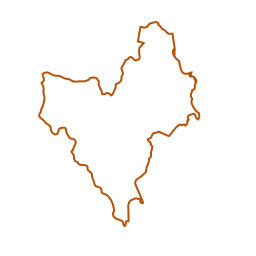 the border of Anzoátegui, rotated 71°
{"feature_id": "VEN-40", "entity_name": "Anzoátegui", "entity_type": "State", "adm_level": 1, "iso_a3": "VEN", "parent_name": "Venezuela", "parent_adm1": "", "projection": "orthographic", "projection_center": [-64.438, 8.961], "detail": "fine", "context": "isolated", "style": "outline", "palette": "amber", "viewbox_px": 256, "rotation_deg": 71, "n_neighbors": 0, "source": "natural_earth", "source_scale": "10m", "svg_char_len": 5751}
<svg xmlns="http://www.w3.org/2000/svg" viewBox="0 0 256 256"><g transform="rotate(71 128 128)"><path d="M53.3,55.2L68.8,58.1L71.3,59.4L73.5,60.0L74.2,60.3L74.2,60.7L69.6,59.2L68.4,58.9L68.9,59.8L70.0,60.5L71.3,60.9L74.0,61.2L74.6,61.1L75.2,60.9L76.2,60.4L78.0,60.0L80.2,58.6L81.3,58.1L82.5,58.0L85.8,58.6L90.3,58.9L92.6,58.6L94.3,57.6L95.0,56.7L95.5,55.8L96.2,53.5L96.2,52.6L95.9,51.0L96.2,50.1L96.7,50.7L97.3,51.0L97.9,51.1L98.7,51.0L98.2,51.6L98.0,51.8L97.4,51.9L98.1,52.7L99.2,52.6L99.8,52.0L99.1,51.4L99.8,50.9L101.4,48.9L102.3,48.7L104.0,48.1L104.9,48.0L104.8,48.5L104.5,48.9L105.4,48.7L105.7,48.5L106.2,49.2L106.5,49.1L106.9,48.7L107.1,48.6L107.9,49.6L108.4,50.4L109.5,50.9L112.0,51.9L112.6,52.3L113.0,52.9L113.0,53.3L113.0,54.5L113.2,55.1L113.5,55.4L113.9,55.6L114.5,55.7L115.0,56.0L115.2,56.3L115.4,56.6L116.2,57.3L118.0,58.1L118.6,58.3L119.4,58.2L120.6,57.9L121.1,57.9L121.6,58.1L123.4,59.1L123.8,59.5L124.6,59.8L126.6,59.7L130.3,59.3L133.8,58.2L136.0,57.0L136.8,56.2L137.3,56.2L138.0,56.3L140.8,57.0L141.5,57.5L142.7,59.0L142.2,59.4L140.6,60.2L140.3,60.3L138.8,60.1L137.3,60.3L136.7,60.5L136.2,60.8L136.0,61.0L135.9,61.3L135.8,66.0L136.0,66.5L136.3,67.1L137.0,67.8L137.5,68.1L137.9,68.1L139.2,67.9L139.7,67.9L140.3,68.1L140.4,68.3L140.1,69.0L140.2,69.3L140.6,69.6L142.1,70.0L142.7,70.3L142.9,70.5L144.1,71.8L144.3,72.1L144.4,72.5L144.3,73.0L144.0,73.3L143.1,73.6L142.9,73.9L142.8,74.3L142.9,75.6L142.8,76.1L142.7,76.4L141.8,77.7L141.7,78.4L141.7,78.7L142.5,80.1L142.5,80.8L142.5,81.2L143.1,82.4L148.9,91.7L148.6,92.3L148.3,92.8L141.6,100.0L141.5,100.3L141.6,102.6L141.3,105.7L141.5,106.3L142.1,107.0L144.5,109.3L144.8,110.1L145.2,112.7L145.3,112.9L145.6,113.1L146.0,113.1L146.6,112.9L148.6,111.9L149.4,111.4L149.7,111.4L150.9,111.8L151.4,111.8L151.7,111.8L152.0,111.6L152.8,111.2L153.5,111.0L154.2,111.3L159.0,114.4L160.0,114.8L161.2,115.0L161.9,115.2L162.6,115.9L163.2,116.7L163.8,118.0L164.1,118.3L165.5,118.8L166.6,119.3L169.4,121.3L169.7,121.7L170.2,122.4L170.7,122.9L171.6,123.5L173.2,124.2L174.0,124.7L175.0,125.0L175.8,126.1L177.8,130.5L179.9,137.5L180.2,137.8L181.3,138.4L181.7,138.6L182.1,139.1L182.8,139.3L184.0,139.3L201.9,138.0L203.5,138.1L203.8,138.8L203.5,139.4L203.1,139.8L202.6,140.2L202.0,140.4L201.7,140.4L200.1,139.8L199.8,139.8L199.2,140.0L198.9,140.2L198.4,141.4L197.1,143.3L197.0,143.6L197.2,148.0L197.5,149.1L198.0,150.3L199.2,151.6L200.3,152.4L201.2,152.9L216.1,157.7L216.2,158.0L216.2,158.3L215.8,159.1L215.7,159.5L215.7,159.9L215.9,160.3L216.2,160.6L218.5,161.7L219.1,162.2L219.6,163.1L218.9,163.5L218.3,163.7L217.5,163.8L216.0,163.5L215.2,163.5L214.4,163.8L213.6,164.4L212.2,165.7L211.7,166.3L211.0,167.6L210.5,168.3L209.9,168.8L207.9,170.0L206.2,170.5L204.4,170.3L202.9,169.4L201.9,167.9L195.9,167.2L192.9,167.3L189.9,167.7L186.8,168.7L185.3,169.4L184.0,170.3L181.7,173.1L180.4,173.8L177.3,173.2L176.2,173.3L175.3,173.9L174.5,174.8L173.3,176.4L172.6,177.2L171.7,177.8L170.6,178.0L167.2,177.7L163.2,177.9L162.0,177.7L160.9,177.4L159.9,177.2L159.0,177.3L157.9,177.8L156.2,178.9L155.3,179.3L154.3,179.6L153.2,179.5L152.1,179.1L151.2,179.0L150.1,179.4L149.5,180.2L147.7,183.9L147.2,185.3L146.7,185.9L146.0,186.3L144.5,186.6L143.8,187.0L143.3,187.4L142.6,188.3L142.1,188.7L141.5,188.9L140.9,189.0L139.6,189.0L137.0,188.4L135.7,188.2L134.3,188.6L133.2,189.1L132.1,189.2L131.3,188.6L131.0,187.3L130.3,186.9L129.6,186.4L125.6,182.7L124.5,182.0L123.5,181.9L122.5,182.1L121.5,182.5L120.7,183.0L120.2,183.7L119.6,185.3L119.1,186.0L118.3,186.5L113.3,187.6L112.3,187.6L108.9,187.1L107.9,187.3L107.0,188.0L106.7,188.8L106.1,191.7L106.5,193.4L107.7,194.5L109.2,195.4L110.4,196.7L110.6,198.5L109.6,199.9L107.9,201.0L106.2,201.5L105.1,201.5L102.0,200.9L100.9,201.1L100.0,201.5L96.9,203.9L93.4,205.3L89.8,207.5L88.7,207.9L87.5,208.0L86.6,207.6L85.8,206.9L84.4,205.3L82.8,204.5L79.1,201.1L75.9,198.9L72.5,197.2L70.7,196.8L67.1,196.5L63.6,195.1L61.9,194.7L60.2,194.6L57.1,195.0L57.0,194.4L56.5,193.2L56.3,192.8L55.9,192.4L55.2,191.9L53.8,191.5L52.2,191.4L50.3,191.5L49.9,191.5L49.4,191.2L49.2,191.0L48.9,190.4L48.6,189.0L48.7,188.2L48.8,187.5L49.1,186.5L49.6,185.5L50.5,184.6L51.4,183.9L51.9,183.5L54.8,180.0L55.6,178.0L55.9,176.9L56.6,175.6L60.5,171.7L61.1,170.9L62.6,168.0L63.0,167.5L65.7,165.1L66.3,164.3L67.7,160.7L68.1,158.4L68.3,157.8L69.0,156.3L69.8,152.8L69.8,152.0L69.7,151.3L69.7,149.8L69.6,149.5L68.7,147.9L68.5,147.3L68.9,144.6L70.1,142.1L70.5,141.6L70.9,141.4L72.5,141.1L73.7,140.6L74.1,140.5L74.5,140.5L76.4,141.3L77.0,141.5L78.4,141.6L82.7,141.3L83.6,141.0L84.3,140.9L85.5,141.1L86.5,141.4L87.2,141.5L87.5,141.3L87.8,140.8L88.3,139.5L88.4,138.8L88.4,138.3L87.9,137.1L88.0,136.6L88.3,136.1L89.0,135.0L90.0,134.1L91.7,133.1L90.8,131.2L90.5,130.8L90.2,130.5L88.9,129.7L88.2,129.0L87.0,127.7L85.9,126.7L85.1,126.2L83.0,125.6L82.7,125.3L82.6,125.0L82.5,124.4L82.5,122.6L82.3,121.7L81.8,120.4L81.5,120.0L81.2,119.5L80.3,118.7L79.4,118.1L77.7,117.6L77.2,117.3L75.5,115.6L75.1,115.2L74.5,114.9L73.8,114.8L69.9,114.9L69.5,114.8L69.0,114.6L68.4,114.0L67.3,112.4L66.5,111.6L65.6,110.8L65.0,110.1L64.6,109.4L64.2,109.1L63.5,108.7L63.3,108.5L63.1,108.2L63.0,107.7L62.9,106.0L62.8,105.7L62.0,104.5L61.8,103.9L61.7,103.1L61.7,102.4L62.7,101.3L65.7,99.8L66.2,99.4L66.5,98.9L66.7,98.2L66.7,97.8L66.6,95.7L66.2,94.8L65.8,94.4L65.1,94.1L64.1,93.7L61.9,93.3L58.9,92.5L57.7,92.0L56.6,91.4L56.1,91.1L55.5,90.4L52.9,85.5L52.5,85.8L52.2,86.2L49.4,90.5L37.0,83.6L36.6,83.3L36.5,83.1L36.5,82.7L36.7,82.3L38.1,80.6L38.4,79.8L38.7,77.9L38.1,76.3L36.8,74.4L36.5,73.4L36.4,71.8L36.9,66.9L38.5,65.4L38.8,65.3L39.2,65.2L39.6,65.3L40.2,65.7L40.4,65.8L40.7,65.7L41.4,65.0L41.9,64.6L42.5,64.3L44.2,63.8L45.0,63.6L45.9,63.1L47.5,61.5L48.1,61.1L49.5,60.6L51.0,59.6L51.9,59.2L52.5,58.2L53.3,55.2Z" fill="none" stroke="#b45309" stroke-width="2"/></g></svg>